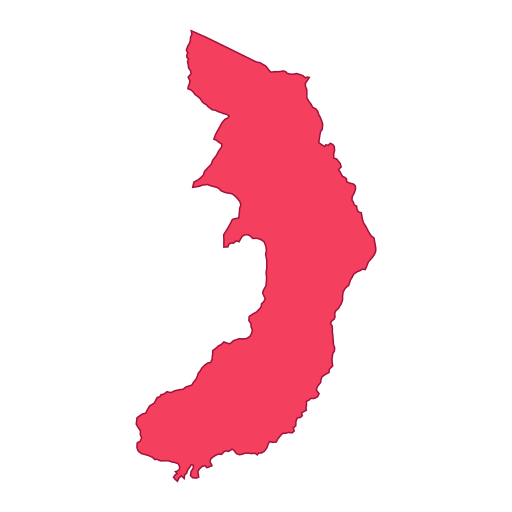 Guararapes, São Paulo, Brazil (Albers equal-area conic projection)
{"feature_id": "56859067B37687958738516", "entity_name": "Guararapes", "entity_type": "district", "adm_level": 2, "iso_a3": "BRA", "parent_name": "Brazil", "parent_adm1": "São Paulo", "projection": "albers", "projection_center": [-50.711, -21.275], "detail": "fine", "context": "isolated", "style": "filled", "palette": "rose", "viewbox_px": 512, "rotation_deg": 0, "n_neighbors": 0, "source": "geoboundaries", "source_scale": "gbopen_adm2", "svg_char_len": 5331}
<svg xmlns="http://www.w3.org/2000/svg" viewBox="0 0 512 512"><path d="M191.2,30.7L191.9,34.3L190.5,37.3L190.4,40.0L189.7,43.0L187.9,45.8L186.3,50.2L187.8,53.0L186.8,55.0L186.9,57.5L188.6,58.9L187.5,61.5L188.2,64.4L188.6,68.1L190.5,70.6L191.1,73.7L189.6,75.4L188.1,77.1L190.0,81.0L189.2,84.3L188.3,86.4L187.9,88.8L190.6,89.7L193.0,91.7L195.1,94.6L197.8,96.5L200.3,98.7L202.1,101.6L204.3,103.6L206.4,104.7L208.3,106.9L210.0,108.1L212.2,109.8L215.0,110.1L218.3,111.7L221.4,112.7L223.4,113.6L226.6,114.2L229.1,116.1L227.8,118.0L224.9,119.3L222.2,122.5L216.8,132.1L215.4,134.9L213.8,139.2L216.5,140.3L218.5,142.0L221.8,144.1L221.5,147.3L219.7,149.5L218.1,151.9L217.1,154.2L215.8,156.3L214.0,158.5L212.6,160.4L211.2,164.3L207.0,168.6L204.5,171.4L203.3,175.2L201.7,176.7L199.8,178.5L197.9,179.9L194.0,182.0L193.2,184.9L192.7,187.4L199.3,186.3L202.7,185.0L205.1,184.8L207.3,184.5L209.8,185.4L212.5,186.3L216.7,187.3L218.7,188.4L221.4,191.0L225.1,192.5L227.5,193.0L229.9,193.3L232.2,193.9L234.5,195.6L236.7,197.7L238.3,199.6L239.8,201.5L240.8,204.9L239.7,208.3L238.8,217.9L235.3,218.6L232.4,219.4L230.8,222.7L228.6,226.8L225.1,232.5L223.6,234.8L223.9,239.7L223.8,247.1L227.9,246.9L228.7,244.4L231.2,243.0L233.5,243.2L236.4,240.8L239.0,241.8L242.2,236.3L244.9,234.8L248.2,234.8L250.5,236.2L252.7,238.5L256.7,238.3L258.8,238.8L261.2,239.8L264.0,241.7L265.9,246.3L266.4,250.9L265.6,254.2L266.1,256.7L266.8,261.1L266.7,264.9L266.8,268.2L266.2,271.5L266.1,274.1L266.6,276.6L266.4,281.4L265.9,285.9L263.1,290.8L262.7,293.2L265.2,298.8L263.9,301.5L261.5,303.8L261.2,306.7L259.3,309.1L256.5,312.0L253.1,313.8L249.2,316.4L248.8,320.5L251.0,323.7L251.0,326.8L252.4,330.0L251.6,333.3L250.1,336.1L248.4,337.4L246.1,338.7L242.7,338.9L239.4,338.6L236.2,339.8L233.5,340.6L231.5,342.5L229.6,343.8L226.8,343.0L223.9,341.9L221.4,344.4L218.6,345.8L216.2,348.0L212.7,350.6L212.7,353.8L212.3,356.4L212.1,359.1L210.5,362.7L208.1,362.8L205.0,364.9L201.8,368.1L200.0,371.2L198.3,373.1L197.5,375.9L195.9,379.4L193.7,381.9L191.9,385.0L185.8,387.0L183.3,389.2L179.5,389.7L175.2,390.6L170.8,392.6L166.9,391.7L165.1,393.2L163.2,394.4L161.1,394.6L159.8,396.8L157.2,397.4L155.5,400.7L154.3,403.0L152.3,404.3L149.9,405.7L148.6,407.5L147.2,410.1L145.7,413.2L142.6,413.9L139.8,415.7L137.0,417.8L136.6,421.2L136.2,424.1L138.2,427.6L140.4,430.8L140.3,434.7L141.6,437.7L140.4,441.0L137.2,442.9L136.9,447.2L137.7,450.1L139.3,452.1L142.0,453.8L144.8,454.5L148.1,455.4L152.5,457.3L154.8,459.6L156.8,459.2L158.7,460.1L160.9,460.9L164.2,460.8L168.7,460.8L171.9,462.0L175.2,462.6L178.3,463.8L179.7,467.0L179.4,469.4L177.6,470.9L175.4,471.6L177.2,473.6L175.1,474.9L173.5,477.3L175.1,479.2L177.4,481.3L179.1,477.8L181.4,475.9L184.2,478.5L184.7,474.8L186.7,473.1L187.7,469.9L189.7,467.3L191.3,464.6L193.4,465.3L193.2,468.2L191.1,471.4L190.5,475.6L192.7,477.8L196.5,478.1L198.7,477.1L198.3,474.1L197.8,471.4L199.5,469.0L201.8,466.6L204.9,465.6L206.8,467.7L208.8,467.0L212.0,465.7L210.0,461.7L210.7,459.0L213.1,456.9L216.3,455.0L218.6,454.1L221.6,454.4L224.1,451.7L226.1,450.8L228.2,451.5L230.2,450.5L232.0,449.1L234.0,450.4L236.4,453.6L239.4,454.7L242.0,454.3L245.0,453.2L248.1,453.1L251.6,453.6L255.2,453.3L257.2,454.9L258.8,453.0L261.7,453.0L264.4,451.2L266.9,447.9L268.1,444.3L269.5,441.6L272.5,442.4L276.3,442.0L277.5,439.4L279.4,437.0L281.3,434.7L282.9,433.3L285.3,433.4L288.3,432.4L292.1,432.9L294.2,431.1L293.4,427.8L295.8,425.8L295.9,421.6L297.2,418.0L300.5,417.4L302.3,415.7L301.5,413.2L303.3,411.9L306.3,410.3L306.0,407.7L306.5,405.4L306.4,401.4L309.2,400.0L310.9,398.3L313.2,398.6L315.6,397.9L317.7,396.6L319.1,393.6L317.6,391.8L316.4,389.8L317.3,386.7L319.1,384.4L320.7,382.3L321.0,379.5L322.0,376.8L324.7,374.9L326.7,373.7L329.0,372.6L329.3,369.5L330.8,367.7L332.7,366.0L332.3,363.3L332.0,359.5L332.4,355.9L332.9,353.4L334.4,351.1L334.7,347.9L333.5,344.6L333.2,340.7L332.9,336.1L332.4,332.0L332.4,328.6L332.1,325.7L330.5,323.4L331.7,321.0L334.2,319.1L335.0,316.9L334.7,313.0L336.3,310.1L338.4,308.6L339.5,306.5L341.0,304.3L341.9,302.1L342.6,299.7L342.6,296.1L343.1,292.1L344.9,288.8L346.5,287.1L348.7,285.4L349.6,282.7L350.5,279.9L352.1,277.4L353.8,274.0L357.1,271.8L360.3,270.5L362.4,269.1L365.3,269.6L366.3,267.3L367.3,264.7L368.4,261.9L372.4,257.4L374.6,254.1L375.7,251.3L375.8,248.2L374.9,243.0L374.0,238.0L371.4,236.1L370.0,234.1L368.4,231.4L367.3,229.3L366.2,227.0L363.6,223.0L362.5,219.4L361.9,216.4L361.3,212.8L358.3,211.8L356.8,208.7L356.7,206.2L354.1,204.8L353.5,202.4L352.0,200.1L352.2,196.8L354.5,192.4L355.6,188.7L355.3,185.8L353.6,184.1L349.9,183.1L346.7,181.8L346.5,178.8L344.7,177.3L342.7,176.5L341.4,174.5L339.9,171.4L338.5,169.7L341.2,166.9L340.2,163.5L336.7,159.0L333.8,158.1L333.7,153.8L334.6,150.5L334.3,146.5L332.8,144.5L330.2,143.3L328.3,145.3L325.9,144.8L324.6,146.5L321.4,144.5L318.8,142.7L319.4,138.4L319.9,134.9L320.7,131.3L322.2,129.5L322.7,124.8L322.3,122.6L321.3,120.0L320.4,117.5L318.9,114.9L317.8,111.4L315.9,108.9L312.5,107.2L311.3,104.5L308.8,101.2L306.9,97.9L306.8,94.2L306.8,89.6L305.5,86.5L305.4,83.2L307.4,80.4L309.3,77.4L307.3,77.1L305.2,77.7L303.0,75.7L299.8,74.5L296.6,73.5L293.9,74.1L290.7,74.2L287.2,73.3L285.6,71.6L283.3,70.9L281.0,71.4L278.3,71.7L274.7,71.7L270.8,72.1L268.5,69.6L267.0,67.5L265.5,65.8L263.3,64.6L259.9,62.6L256.4,62.0L224.1,46.1L206.9,37.7L191.2,30.7Z" fill="#f43f5e" stroke="#9f1239" stroke-width="1.5"/></svg>